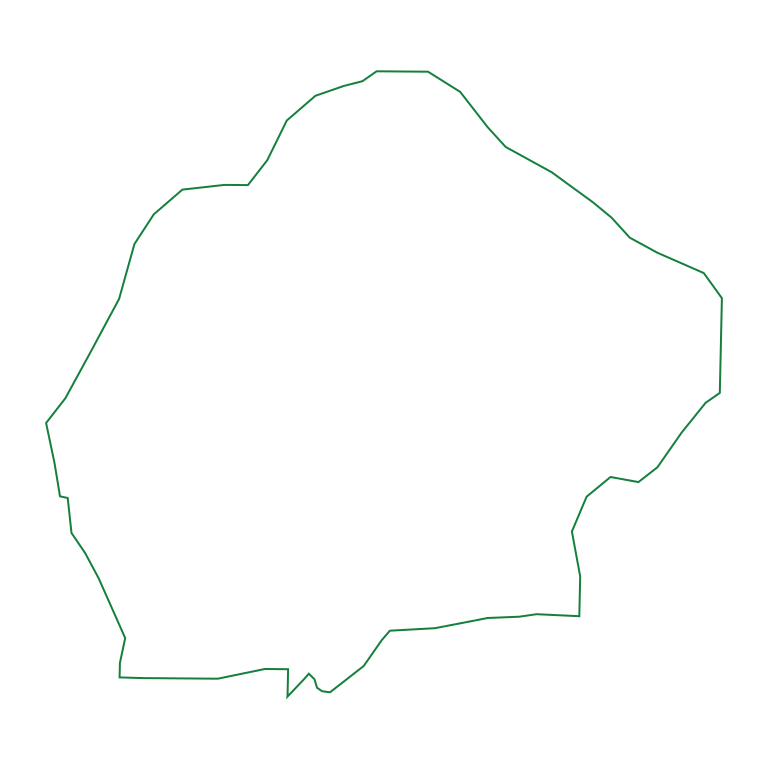 Hongwon, Hamgyŏng-namdo, North Korea (Natural Earth projection)
{"feature_id": "82179303B34267251323335", "entity_name": "Hongwon", "entity_type": "district", "adm_level": 2, "iso_a3": "PRK", "parent_name": "North Korea", "parent_adm1": "Hamgyŏng-namdo", "projection": "natural_earth1", "projection_center": [127.938, 40.143], "detail": "fine", "context": "isolated", "style": "outline", "palette": "green", "viewbox_px": 768, "rotation_deg": 0, "n_neighbors": 0, "source": "geoboundaries", "source_scale": "gbopen_adm2", "svg_char_len": 964}
<svg xmlns="http://www.w3.org/2000/svg" viewBox="0 0 768 768"><path d="M119.6,677.4L142.9,678.1L157.0,678.2L180.4,678.4L217.8,678.7L264.8,669.0L288.1,669.2L287.6,694.1L287.4,696.7L304.3,678.9L308.8,673.7L314.5,679.3L317.0,687.7L322.0,691.2L330.0,692.3L363.7,666.0L381.7,640.2L389.9,630.7L434.8,628.2L487.6,618.0L519.3,616.7L536.5,614.2L579.3,616.2L580.2,576.5L571.9,531.5L586.6,496.7L610.5,477.0L638.4,482.1L657.4,467.3L681.6,432.6L705.6,402.8L719.8,392.9L720.8,348.1L721.9,298.2L703.8,273.1L657.5,252.8L629.8,237.7L611.5,217.6L593.2,202.5L565.6,182.4L551.8,172.3L533.4,162.2L505.7,147.0L487.5,127.0L460.2,91.9L428.0,71.7L376.6,71.3L362.4,81.2L343.6,86.0L315.4,95.8L286.8,120.5L267.2,160.3L247.9,185.1L224.5,184.9L182.4,189.6L153.8,214.3L134.4,244.1L119.1,298.9L89.8,353.5L65.4,398.2L46.1,423.0L54.5,463.0L60.0,496.3L67.7,498.0L71.5,533.0L85.1,553.0L98.5,578.0L111.9,608.1L125.2,638.1L119.9,663.0L119.6,677.4Z" fill="none" stroke="#15803d" stroke-width="2"/></svg>